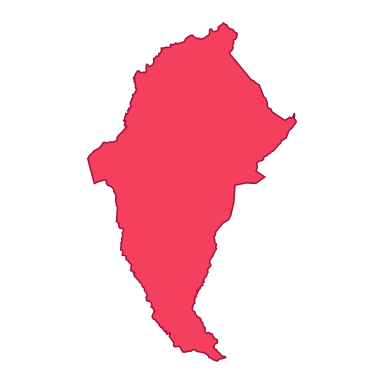 Balama, Cabo Delgado, Mozambique
{"feature_id": "85939544B22682737370097", "entity_name": "Balama", "entity_type": "district", "adm_level": 2, "iso_a3": "MOZ", "parent_name": "Mozambique", "parent_adm1": "Cabo Delgado", "projection": "orthographic", "projection_center": [38.406, -13.54], "detail": "fine", "context": "isolated", "style": "filled", "palette": "rose", "viewbox_px": 384, "rotation_deg": 0, "n_neighbors": 0, "source": "geoboundaries", "source_scale": "gbopen_adm2", "svg_char_len": 5997}
<svg xmlns="http://www.w3.org/2000/svg" viewBox="0 0 384 384"><path d="M264.8,177.0L256.0,171.1L257.2,167.9L256.9,162.6L259.5,160.9L261.8,160.7L262.5,159.9L263.4,159.6L263.7,157.6L264.3,156.7L266.7,155.8L267.6,155.0L268.1,153.8L269.5,153.7L271.1,152.0L274.1,150.4L275.4,148.3L277.5,146.4L278.6,144.5L280.1,143.6L280.8,142.7L281.2,140.9L283.2,139.9L285.0,138.5L286.0,138.2L287.0,135.8L287.4,133.9L288.1,133.2L288.4,131.4L292.6,127.3L294.3,124.5L295.3,123.6L296.3,121.6L295.3,119.9L294.2,118.8L294.6,115.4L294.3,113.7L293.7,114.1L293.8,114.8L292.4,117.6L290.8,118.2L290.5,117.6L289.4,117.3L286.6,119.5L286.0,119.4L284.9,120.5L272.0,111.8L271.1,109.1L269.0,108.4L267.7,107.4L267.2,102.3L265.4,97.9L263.9,97.0L259.2,84.9L255.9,83.1L253.5,80.6L251.1,79.7L229.9,54.0L229.7,52.4L232.1,49.9L233.2,47.8L232.4,45.3L233.6,43.7L233.5,40.2L235.1,39.4L236.1,38.2L237.0,36.0L237.1,33.3L234.6,32.0L233.0,29.6L229.1,28.4L228.3,27.3L227.2,26.7L227.4,25.8L226.8,24.9L226.0,24.5L224.9,24.5L224.3,23.5L223.1,23.0L221.9,24.8L220.2,25.4L218.4,27.0L218.1,27.8L218.4,29.3L217.1,30.8L214.5,31.7L212.5,31.0L211.5,29.2L209.8,29.2L209.5,30.1L209.6,32.9L208.8,35.0L205.8,36.9L204.1,38.3L200.5,39.1L199.0,38.2L197.8,38.8L194.2,37.2L192.8,35.3L191.2,35.3L189.2,36.0L188.4,36.9L186.8,37.7L185.0,39.9L184.7,41.3L184.2,41.7L181.0,42.9L179.0,43.2L177.3,44.1L175.8,43.0L173.8,44.7L170.6,44.4L170.4,45.7L170.9,46.4L170.0,47.1L168.1,47.5L166.8,47.2L163.7,47.9L162.9,48.6L161.9,47.9L161.4,48.0L161.2,48.6L161.5,50.8L160.2,53.3L158.8,53.5L158.6,55.8L157.6,56.2L156.4,56.1L155.1,58.2L153.6,58.5L153.6,60.1L154.2,61.9L153.7,62.4L152.7,64.7L149.4,66.6L148.4,65.7L148.0,64.7L146.9,64.2L146.4,64.6L146.2,65.3L146.4,67.1L146.0,68.1L146.4,71.1L145.7,72.2L142.7,72.3L140.9,72.8L140.2,72.6L139.4,71.1L138.1,70.9L137.1,71.4L134.9,75.3L135.0,76.4L133.9,77.1L133.4,78.0L133.5,78.4L134.1,78.4L134.0,79.5L135.0,79.9L134.8,80.8L134.2,81.0L134.1,81.5L135.1,83.0L135.1,84.5L135.8,85.1L135.3,87.6L136.6,89.7L135.3,91.8L135.4,92.7L134.4,93.3L134.0,94.2L132.5,94.8L132.6,95.3L133.3,95.8L133.3,96.5L132.7,97.1L132.6,97.9L131.7,98.6L131.7,99.4L131.1,100.3L131.6,101.0L130.4,102.3L130.3,104.6L130.9,105.3L130.8,106.4L130.1,107.9L129.4,108.1L129.7,108.4L129.6,108.9L128.5,109.1L128.6,110.1L127.6,110.4L128.2,111.8L127.6,113.8L127.1,114.0L125.9,113.4L125.7,113.8L126.1,114.6L125.4,115.4L125.8,116.3L125.0,116.6L124.9,117.7L124.4,118.5L124.7,119.6L123.6,120.4L124.1,120.9L125.3,120.7L125.8,121.2L124.8,121.8L125.0,123.7L124.3,124.9L124.7,125.6L125.9,125.3L125.9,126.7L126.7,127.0L126.1,127.8L125.3,127.8L125.2,128.9L123.8,129.7L122.7,131.5L121.4,132.4L121.0,133.4L119.9,134.0L118.6,135.4L118.0,136.6L117.1,137.2L116.9,138.2L117.3,139.8L116.5,140.6L113.9,141.9L110.5,142.0L106.4,142.9L104.3,142.2L103.2,142.5L102.2,144.4L102.0,145.9L100.8,146.0L99.6,147.8L93.8,151.1L91.3,154.0L89.4,155.5L88.7,157.3L87.7,158.5L94.3,183.5L98.4,181.7L105.5,179.7L106.1,180.6L106.4,183.0L107.4,185.1L108.5,185.3L111.6,187.0L113.0,188.4L113.7,189.8L113.8,191.6L116.0,195.1L115.6,200.5L116.6,206.0L117.3,206.6L117.6,207.6L117.0,211.7L117.1,214.9L116.6,217.0L116.9,219.1L116.2,221.2L117.7,222.2L118.4,223.3L118.9,224.7L119.0,226.8L119.5,227.8L120.9,228.4L123.1,228.7L123.6,230.0L123.0,231.8L122.2,232.9L122.7,235.8L121.7,238.7L122.0,241.1L120.9,243.0L121.2,245.8L120.6,248.3L120.9,250.1L122.4,250.8L122.8,251.5L122.3,255.3L123.8,255.3L125.8,256.0L126.2,256.7L125.9,258.3L126.3,259.7L128.4,260.8L128.5,261.9L129.3,262.2L129.8,263.3L131.5,264.3L130.9,267.5L131.2,269.0L130.5,269.6L131.0,270.8L132.5,271.0L132.9,272.1L134.5,272.4L134.4,273.2L133.7,273.9L133.8,274.6L134.8,275.0L134.4,276.4L135.8,277.4L137.8,279.8L138.7,280.1L139.4,282.1L141.4,283.4L142.0,284.8L142.2,286.4L144.4,288.0L144.3,289.9L144.9,291.4L146.0,292.2L146.5,293.9L147.2,294.5L146.8,296.3L146.0,297.5L146.6,298.9L146.4,300.5L148.3,301.2L149.4,301.0L151.3,302.8L151.9,305.7L151.0,306.4L151.0,307.0L152.5,307.3L153.2,309.0L154.0,309.7L154.1,310.7L155.0,311.0L154.0,311.8L152.1,316.2L152.2,317.0L153.2,318.8L154.0,319.3L155.4,319.8L155.8,320.8L158.3,323.3L159.1,323.7L159.0,325.2L161.0,327.5L162.5,327.6L162.5,328.8L163.0,329.0L163.7,330.4L164.4,331.0L165.9,330.9L166.2,331.3L165.4,332.1L165.5,332.4L166.6,332.9L166.7,334.1L167.4,334.2L169.6,332.9L170.0,333.8L169.2,336.3L173.5,342.1L173.8,342.9L173.5,345.5L174.0,346.3L175.6,347.0L178.5,346.2L179.1,346.4L181.0,348.4L181.6,350.4L183.1,352.1L185.4,352.1L187.1,351.5L191.0,351.1L192.6,349.7L193.6,349.6L194.8,350.0L197.3,351.5L204.3,352.8L206.5,354.4L207.6,354.6L208.9,357.4L210.5,357.7L213.3,359.8L216.7,361.0L217.6,360.9L219.5,359.0L221.9,358.7L225.6,357.5L224.5,356.3L222.2,356.4L221.7,355.5L220.6,354.8L220.4,354.0L217.9,351.9L217.6,351.1L216.9,350.9L216.4,349.5L214.7,349.1L213.6,347.7L213.5,347.1L214.3,346.8L214.2,346.0L214.8,344.1L217.1,343.1L217.5,341.8L217.3,339.7L214.9,338.9L213.0,336.1L212.0,333.8L211.1,333.6L210.4,334.0L209.7,332.9L208.9,332.5L208.0,332.7L207.2,333.5L205.5,332.2L204.9,330.3L205.3,328.1L204.7,327.8L204.5,326.9L203.5,326.2L202.9,324.2L203.0,323.2L201.3,321.3L200.6,318.8L200.1,318.1L196.8,316.4L196.5,315.2L195.2,313.8L195.0,312.0L193.2,310.9L192.3,309.6L192.1,308.7L193.0,307.4L192.6,306.0L193.2,305.4L193.3,304.3L194.9,303.0L194.4,299.5L195.2,299.0L194.6,297.7L196.5,296.5L195.9,294.9L197.4,293.4L197.7,291.8L196.9,291.1L196.9,290.8L197.5,290.7L198.0,291.3L198.5,291.1L198.6,290.3L198.3,289.6L199.9,288.9L199.4,287.6L200.5,287.7L200.9,285.8L202.5,285.7L202.9,285.2L202.6,283.1L203.1,282.3L204.1,282.2L204.0,281.4L203.4,280.9L203.9,280.0L204.1,278.6L206.4,276.2L206.9,274.3L208.0,272.3L207.6,269.6L210.9,265.4L210.8,264.5L209.9,263.6L209.7,260.9L211.4,257.7L212.8,256.2L213.5,253.9L214.5,252.6L214.9,250.9L216.5,248.9L215.7,247.2L216.5,244.2L214.7,242.4L214.8,239.8L214.1,238.6L214.0,237.1L214.7,236.2L215.8,232.9L215.6,231.5L217.2,230.4L218.8,227.6L220.9,225.9L222.9,223.1L228.2,220.0L229.2,218.8L230.7,215.6L233.8,202.3L235.0,185.1L247.0,182.8L253.4,183.3L256.3,183.1L264.8,177.0Z" fill="#f43f5e" stroke="#9f1239" stroke-width="1.5"/></svg>